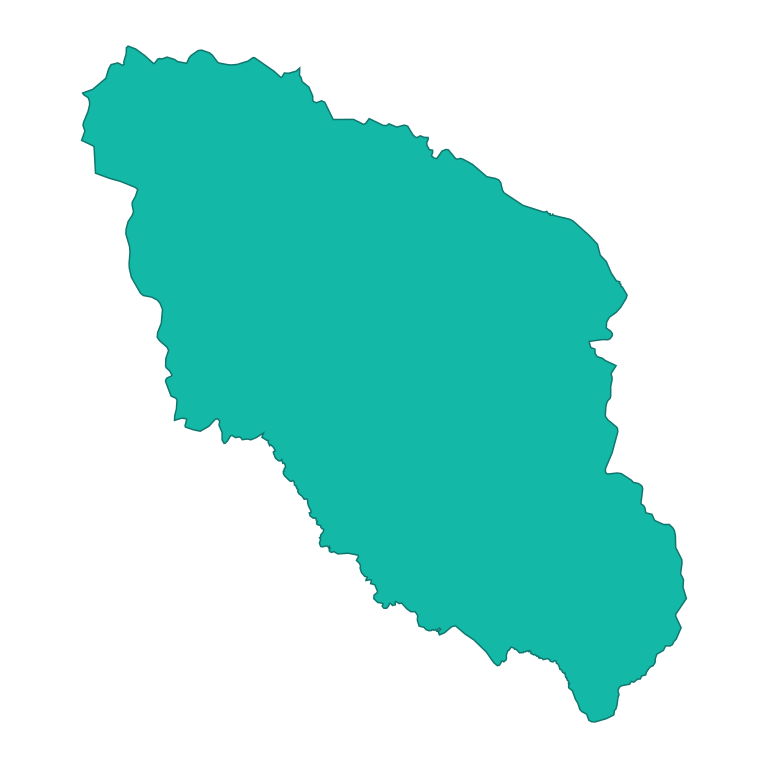 outline of Mae Phrik, Lampang, Thailand
{"feature_id": "78962969B83063608577185", "entity_name": "Mae Phrik", "entity_type": "district", "adm_level": 2, "iso_a3": "THA", "parent_name": "Thailand", "parent_adm1": "Lampang", "projection": "natural_earth1", "projection_center": [99.06, 17.491], "detail": "fine", "context": "isolated", "style": "filled", "palette": "teal", "viewbox_px": 768, "rotation_deg": 0, "n_neighbors": 0, "source": "geoboundaries", "source_scale": "gbopen_adm2", "svg_char_len": 6066}
<svg xmlns="http://www.w3.org/2000/svg" viewBox="0 0 768 768"><path d="M686.4,598.5L683.0,587.3L683.5,579.6L680.6,573.7L682.0,563.2L681.8,559.6L675.7,547.5L675.4,535.5L674.3,530.4L673.0,528.1L669.3,524.5L663.7,524.5L656.4,521.3L654.5,520.1L651.9,514.3L645.8,512.8L644.9,507.9L643.6,505.7L640.9,503.7L642.7,488.8L642.1,486.5L640.9,485.1L637.9,483.3L633.2,482.4L631.5,480.3L621.3,473.6L617.3,473.0L607.7,474.0L606.7,473.7L605.4,471.7L605.5,468.5L612.1,452.9L617.8,431.8L617.4,428.3L616.4,426.9L608.0,420.0L605.7,416.9L605.3,415.1L605.9,406.4L606.8,402.8L608.0,400.4L610.0,398.5L610.7,396.2L610.7,386.4L612.0,380.2L612.1,377.3L611.0,373.7L616.1,365.7L605.2,360.5L602.5,358.3L597.1,356.6L595.1,353.4L594.9,349.1L590.7,347.5L589.1,341.4L602.3,339.6L608.0,339.7L610.2,338.6L612.4,335.5L612.2,333.4L610.5,331.0L606.3,328.1L606.6,322.2L609.3,317.3L616.3,312.2L620.7,307.3L626.0,298.6L627.1,295.2L622.4,287.1L620.8,286.2L620.8,284.1L619.2,283.4L619.8,281.8L616.4,280.9L611.2,273.1L606.3,261.6L600.2,255.1L597.4,244.2L589.2,235.5L573.2,221.1L569.9,219.3L553.5,215.4L552.8,214.2L551.9,215.4L550.1,215.2L550.2,213.7L548.5,213.7L546.8,211.4L544.0,212.2L523.0,205.4L504.1,192.9L502.5,190.2L500.6,182.4L498.7,179.9L495.1,178.4L486.8,176.7L472.6,164.5L463.4,159.4L460.5,158.4L457.6,159.2L455.6,158.6L448.3,149.8L445.9,149.5L442.0,151.1L436.8,158.6L434.2,158.1L431.5,155.9L432.7,152.1L432.5,150.1L429.5,149.8L427.1,145.7L426.7,142.7L428.3,139.0L428.1,137.5L423.8,137.3L420.4,135.8L417.1,137.5L415.4,137.2L412.6,134.4L407.7,126.2L404.4,125.1L396.8,127.1L388.9,123.8L387.0,125.5L383.4,125.5L369.2,118.6L365.4,123.7L363.4,124.3L353.5,119.4L333.2,119.5L324.7,102.2L321.5,100.8L316.4,102.8L313.4,101.5L312.6,99.5L312.8,96.3L308.9,87.1L302.2,81.7L300.9,77.1L299.5,75.6L299.7,68.0L296.1,71.2L288.5,73.3L284.3,73.0L282.1,76.8L280.8,77.4L274.2,71.4L254.5,57.7L252.8,57.7L248.0,61.1L237.4,64.4L231.0,65.0L226.8,64.5L218.9,63.0L217.7,62.3L212.2,55.0L209.4,52.8L201.5,50.1L197.9,50.7L191.0,55.6L189.0,58.1L186.7,63.3L177.6,61.6L174.5,59.4L167.0,57.1L161.8,59.0L159.6,58.5L157.7,59.1L154.4,63.5L153.5,63.5L144.6,55.5L135.7,49.0L128.1,46.1L126.4,47.8L126.2,53.8L123.8,61.7L124.0,64.5L122.6,65.3L117.9,62.9L111.1,64.6L108.6,69.0L105.9,78.2L92.7,89.4L82.6,93.0L83.8,94.8L88.2,97.7L89.5,101.4L89.6,104.9L88.1,111.3L83.5,122.5L83.0,125.3L84.9,131.1L81.6,140.4L93.4,146.0L94.1,147.1L95.5,173.2L110.3,178.6L120.5,181.4L135.3,187.4L137.7,189.5L135.5,196.3L132.3,202.1L132.1,204.8L133.5,211.5L132.2,215.4L128.1,221.6L126.1,229.1L125.9,234.0L129.5,246.3L130.0,252.2L129.1,263.3L129.3,268.1L131.4,277.4L140.5,293.2L143.3,295.5L151.6,297.1L157.3,300.0L160.0,303.2L162.5,309.3L161.3,323.2L157.7,332.4L157.2,337.2L159.7,340.8L166.9,347.1L168.6,350.4L165.8,358.6L165.6,366.1L166.2,367.7L169.7,371.0L171.9,375.0L171.5,376.0L167.0,378.0L165.7,380.0L165.6,381.5L171.1,396.1L175.8,398.1L177.0,400.0L176.4,409.0L174.7,415.9L174.5,420.4L181.5,418.2L186.1,418.7L186.7,419.4L185.0,425.9L185.5,427.1L193.8,429.9L200.3,431.2L209.0,426.2L215.3,419.2L217.9,418.9L219.7,421.1L219.0,425.2L222.1,432.5L222.1,439.9L224.0,443.3L224.9,443.4L227.4,441.1L230.6,435.7L232.3,435.5L235.4,437.6L239.3,436.9L240.9,437.7L242.2,439.7L247.3,439.0L250.9,439.8L256.4,437.5L263.5,433.0L261.9,437.3L267.1,440.5L268.4,440.4L268.2,442.5L269.7,445.7L270.8,444.7L273.6,447.5L275.3,451.0L273.5,451.7L273.3,452.6L275.5,458.2L278.6,460.8L280.4,460.9L281.7,459.5L282.8,463.3L283.9,462.9L285.1,464.8L285.6,467.3L284.1,468.8L284.4,470.8L283.3,471.2L283.4,473.6L284.7,476.0L289.9,481.0L291.3,481.4L292.8,480.6L294.2,481.6L294.5,485.1L296.5,486.4L296.3,487.4L297.1,488.9L298.3,489.7L297.7,491.4L298.8,493.7L302.2,496.3L304.2,499.3L306.6,498.8L307.9,500.7L307.5,501.7L308.3,505.4L311.0,511.0L310.9,512.6L309.3,512.9L310.1,515.9L313.1,518.1L315.9,518.1L316.4,520.8L317.5,521.6L316.5,522.9L317.2,524.6L320.7,525.6L320.8,527.1L321.8,528.5L323.8,529.3L323.2,532.0L320.6,535.1L320.7,537.3L319.6,537.6L320.6,539.6L319.4,543.1L320.7,546.5L322.3,546.9L326.6,545.9L328.0,546.5L328.8,548.2L329.5,546.7L330.1,548.1L329.2,550.5L329.7,551.5L331.6,552.4L333.8,551.6L337.9,553.9L348.2,553.2L358.0,555.2L358.4,557.0L356.4,560.4L359.6,563.5L360.5,566.0L360.1,568.2L361.5,572.6L364.7,576.4L367.1,576.9L367.3,577.9L366.0,579.5L366.0,580.6L370.2,579.7L371.5,580.1L370.6,583.6L374.8,584.7L377.5,591.4L377.2,592.7L374.1,595.0L373.8,598.7L377.7,602.4L382.6,603.4L383.1,604.3L382.1,606.0L383.8,608.2L386.6,608.3L388.3,606.4L389.6,603.5L390.8,603.5L392.5,605.5L395.3,604.8L395.1,602.3L395.6,601.4L399.4,603.6L401.6,603.0L406.9,608.9L410.8,611.7L415.2,611.7L417.7,615.6L417.3,620.1L419.1,626.1L424.0,627.3L426.1,629.7L428.8,630.7L431.4,630.5L432.5,629.5L433.9,630.3L435.8,629.4L436.5,631.1L437.5,631.4L437.6,629.7L439.5,628.0L440.6,629.4L438.7,631.2L438.7,633.5L439.5,634.9L444.5,632.8L451.7,626.7L455.5,625.8L465.4,634.3L473.9,639.9L486.3,652.0L493.7,662.6L497.4,665.7L499.5,665.1L502.0,660.9L503.8,661.8L505.9,660.1L506.5,658.3L506.3,655.2L507.9,650.5L508.9,650.3L511.2,647.1L514.1,648.2L514.5,649.2L516.3,649.4L519.5,652.8L523.2,652.6L524.0,651.6L525.4,651.9L527.1,650.7L528.9,651.8L529.4,650.5L530.8,651.6L530.9,653.4L533.9,654.9L534.9,654.5L536.8,656.2L537.7,655.9L539.1,658.1L539.6,657.4L540.5,658.2L542.2,658.2L543.2,659.6L547.5,658.6L549.4,659.5L550.2,661.1L551.3,661.6L553.2,661.9L554.2,660.8L555.9,660.9L556.5,663.4L557.6,663.6L559.1,666.2L559.8,669.2L561.6,670.0L562.5,672.1L564.1,673.3L564.8,672.9L565.8,677.5L566.7,677.7L567.1,680.0L568.6,681.3L568.5,683.3L569.5,683.6L568.6,684.6L568.7,687.8L572.3,690.7L575.5,699.4L577.9,703.3L579.8,709.4L581.8,711.6L586.7,714.2L588.8,720.2L591.4,721.7L595.2,721.9L606.2,718.7L613.8,714.9L614.5,710.4L615.8,709.2L616.9,705.6L618.0,697.5L619.0,694.7L617.9,690.3L619.7,686.9L621.7,685.7L629.6,684.2L631.3,681.4L633.8,682.2L637.5,679.2L640.4,678.9L641.7,675.9L645.6,675.0L646.6,671.9L648.8,668.6L650.5,666.8L653.1,665.7L655.1,662.5L655.3,658.6L656.8,654.2L663.4,650.4L665.6,645.9L670.3,645.9L672.5,644.5L673.7,641.7L676.1,639.3L681.1,627.7L675.7,616.2L675.7,614.3L686.4,598.5Z" fill="#14b8a6" stroke="#0f766e" stroke-width="1.5"/></svg>